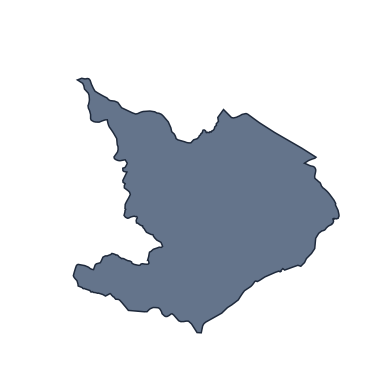 the district of Brebu, Caras-Severin, Romania, rotated 165°
{"feature_id": "2599482B1219277993436", "entity_name": "Brebu", "entity_type": "district", "adm_level": 2, "iso_a3": "ROU", "parent_name": "Romania", "parent_adm1": "Caras-Severin", "projection": "equal_earth", "projection_center": [22.029, 45.391], "detail": "fine", "context": "isolated", "style": "filled", "palette": "slate", "viewbox_px": 384, "rotation_deg": 165, "n_neighbors": 0, "source": "geoboundaries", "source_scale": "gbopen_adm2", "svg_char_len": 5712}
<svg xmlns="http://www.w3.org/2000/svg" viewBox="0 0 384 384"><g transform="rotate(165 192 192)"><path d="M273.7,329.9L269.5,325.3L269.0,322.7L269.2,319.3L266.6,314.3L266.4,312.2L267.1,308.1L267.6,306.6L268.1,305.5L268.7,304.4L269.3,303.3L270.1,302.3L270.4,299.7L269.9,297.3L269.9,293.1L271.0,289.0L270.7,287.4L268.7,285.4L266.9,284.5L263.6,283.5L262.1,283.7L260.6,283.9L259.2,284.0L257.7,284.1L257.0,284.1L255.1,283.7L255.3,281.8L255.4,279.9L255.3,278.0L255.0,276.1L253.8,272.9L252.7,269.7L251.8,266.4L250.9,263.1L252.0,256.9L251.7,255.1L252.4,252.1L253.6,249.9L258.3,246.0L258.3,244.4L258.0,243.9L257.5,243.4L257.1,242.9L256.6,242.5L256.0,242.1L255.5,241.7L254.9,241.4L254.2,241.1L253.4,240.8L248.2,240.4L247.1,236.7L247.8,235.6L248.6,234.7L249.5,233.8L250.4,233.0L252.7,232.9L253.2,230.5L252.4,229.4L249.7,228.1L255.8,221.1L256.1,219.2L254.4,217.3L255.8,215.6L256.3,213.5L253.2,209.5L252.4,208.1L252.2,205.6L254.8,202.6L257.5,199.9L259.6,197.5L259.7,197.4L261.0,193.4L260.5,192.5L261.4,191.6L262.0,190.0L263.7,187.0L262.8,184.9L261.2,183.4L260.0,183.2L257.6,183.7L255.2,183.7L253.9,183.5L252.7,182.7L251.8,182.6L251.6,182.0L251.5,181.1L252.4,180.4L253.4,178.7L253.6,176.4L252.6,176.0L251.7,174.9L250.7,173.6L249.9,173.0L249.5,172.4L248.5,172.2L248.5,170.3L247.6,168.9L247.4,167.8L246.4,164.9L244.1,162.9L242.4,161.5L240.8,160.9L240.7,159.6L240.0,157.5L238.5,154.7L235.0,151.4L234.6,148.7L234.5,147.1L235.9,146.4L238.0,147.2L239.4,147.0L242.5,146.8L244.1,146.7L245.4,146.1L246.9,145.3L248.6,144.9L249.1,144.0L249.9,142.3L250.7,140.6L252.4,137.8L251.7,137.9L251.9,137.8L251.9,136.6L251.9,134.5L252.8,133.8L254.2,133.8L255.3,134.3L256.1,134.5L257.2,135.0L258.6,135.6L260.0,135.6L260.8,134.9L261.7,134.8L262.8,135.1L264.8,136.1L267.0,137.3L268.5,138.9L268.5,140.1L269.8,141.4L271.8,142.3L273.5,143.7L275.1,145.2L276.1,145.8L277.1,145.8L278.0,146.9L279.1,148.0L279.5,148.8L280.0,149.9L280.9,150.7L281.9,150.9L282.5,151.7L284.0,152.7L285.3,153.4L286.7,152.6L289.4,152.4L290.3,152.2L292.3,152.7L294.9,152.1L296.5,150.1L298.0,148.3L299.0,147.4L301.0,147.4L303.0,147.4L304.4,146.6L307.2,142.5L308.7,143.2L310.2,144.4L310.7,145.2L311.4,146.1L312.2,146.8L314.7,148.7L320.6,151.5L321.6,151.5L322.7,150.8L324.0,149.0L326.3,145.3L327.4,143.4L328.3,141.8L328.0,140.1L327.0,137.8L326.1,136.3L326.0,134.6L326.0,132.3L326.3,130.7L322.8,128.1L322.4,127.1L321.9,126.7L321.2,126.7L320.9,126.6L320.4,126.1L319.0,125.2L316.0,123.2L315.8,122.1L315.5,121.6L315.2,121.5L314.3,121.3L314.1,121.5L313.0,120.4L311.5,119.9L309.3,118.6L308.4,118.5L308.0,118.2L304.7,116.1L302.5,113.9L299.5,114.6L297.4,115.1L296.9,114.6L296.4,113.3L295.2,111.2L294.7,110.9L293.5,108.2L290.9,107.3L289.9,106.4L288.4,103.5L286.5,99.4L286.0,98.4L284.1,94.1L269.2,88.7L266.4,88.0L265.4,88.6L264.4,89.2L263.4,89.7L262.3,90.1L262.2,90.1L259.5,90.5L257.4,89.9L255.4,89.2L254.4,88.8L254.1,88.4L253.8,88.1L253.3,87.3L253.0,86.5L252.5,84.5L252.4,83.3L252.4,82.2L250.6,79.3L249.4,78.4L247.8,78.2L246.9,78.5L245.9,78.7L245.0,79.1L244.1,79.5L242.8,79.6L241.5,77.9L238.2,71.1L236.4,69.7L233.7,69.0L232.5,68.9L231.3,68.8L231.2,68.8L230.0,68.5L228.8,68.1L226.6,64.7L223.5,54.9L219.5,53.6L216.3,60.0L214.5,61.8L212.3,62.8L194.6,67.3L187.6,71.2L182.8,72.7L175.2,75.8L173.2,77.7L171.1,79.6L169.0,81.4L166.8,83.1L159.7,85.5L158.3,86.3L157.0,87.2L155.8,88.2L154.6,89.3L153.4,89.5L152.1,88.6L149.4,89.2L143.6,91.1L132.5,92.8L128.8,93.1L127.8,92.3L127.5,92.1L126.6,92.3L126.8,92.8L124.1,94.5L122.7,92.6L115.1,93.3L108.7,93.8L106.1,92.1L103.4,93.7L101.6,94.7L98.7,98.1L92.5,101.7L88.1,105.6L84.5,115.3L80.3,119.3L76.7,120.8L75.8,120.7L74.9,120.8L74.0,120.9L73.2,121.2L73.1,121.3L72.5,121.7L72.0,122.2L71.0,122.8L69.9,123.4L68.7,123.9L65.4,124.5L65.3,125.0L64.3,125.2L64.1,125.4L63.0,126.7L62.8,127.5L62.9,129.5L62.4,129.7L61.9,129.3L61.9,129.0L61.7,129.0L61.5,129.6L60.8,129.4L59.9,128.8L59.4,128.7L57.6,128.8L56.8,130.0L56.2,130.7L55.9,132.3L55.7,136.5L56.6,141.3L56.8,142.3L56.2,143.7L57.0,147.4L59.6,154.0L60.5,156.0L61.5,157.9L62.7,159.8L64.0,161.6L64.3,161.8L65.4,164.2L65.6,166.5L66.0,168.1L67.1,169.3L67.8,170.6L69.0,172.2L69.8,173.6L69.4,175.6L67.3,179.7L66.8,181.1L66.7,182.1L66.8,182.6L67.0,183.6L67.4,184.4L68.3,185.3L70.4,186.4L71.5,187.1L74.5,189.6L75.9,190.7L71.3,192.2L70.0,192.4L67.3,192.7L64.6,192.8L63.2,193.5L74.6,205.9L96.8,228.1L109.1,241.6L118.1,252.8L119.5,253.8L123.5,254.0L125.0,253.6L126.5,253.2L128.1,253.0L129.6,252.7L129.8,252.7L132.8,252.8L134.6,253.7L140.2,263.5L147.8,257.3L148.2,253.4L151.0,251.5L151.2,250.0L151.3,250.0L152.9,249.2L153.4,248.7L153.6,248.1L154.0,247.4L155.0,246.4L156.4,245.8L157.2,245.8L157.5,245.5L158.0,245.0L158.7,245.4L159.2,245.5L159.3,245.3L159.8,244.9L160.2,245.1L161.1,245.3L161.3,245.6L161.6,245.7L162.1,245.7L162.4,245.5L162.9,245.8L162.9,246.9L163.1,247.4L163.3,247.9L164.2,248.8L165.3,248.9L165.7,248.4L166.1,247.8L166.7,246.6L167.1,246.6L167.6,246.2L168.2,246.1L168.4,245.9L168.7,245.3L169.4,244.8L169.7,244.7L170.3,244.5L171.4,243.1L173.3,242.1L176.9,242.0L180.3,239.8L181.4,240.0L182.4,240.3L183.4,240.7L184.4,241.2L186.2,242.5L192.1,246.0L193.6,247.7L193.5,248.8L193.6,250.0L193.8,251.2L194.1,252.3L194.1,252.5L196.0,255.5L195.8,259.5L196.8,265.9L200.0,272.6L201.4,274.9L203.5,276.6L205.5,277.4L207.2,279.1L211.7,281.1L217.8,282.3L218.2,282.4L219.6,282.4L221.1,282.3L222.5,282.1L223.9,281.8L226.2,281.9L229.0,283.8L238.2,291.6L240.5,297.7L243.2,299.8L247.4,301.5L248.7,302.8L249.8,304.9L252.4,307.2L254.9,309.6L257.3,312.0L259.6,314.5L260.0,315.9L260.4,317.4L260.7,318.9L260.9,320.3L261.2,321.8L261.3,323.3L261.4,324.8L261.5,326.3L262.4,328.1L264.0,328.8L264.4,328.7L264.9,328.7L265.4,328.8L265.9,328.9L266.4,329.0L266.7,329.2L269.1,330.4L273.7,329.9Z" fill="#64748b" stroke="#1e293b" stroke-width="1.5"/></g></svg>